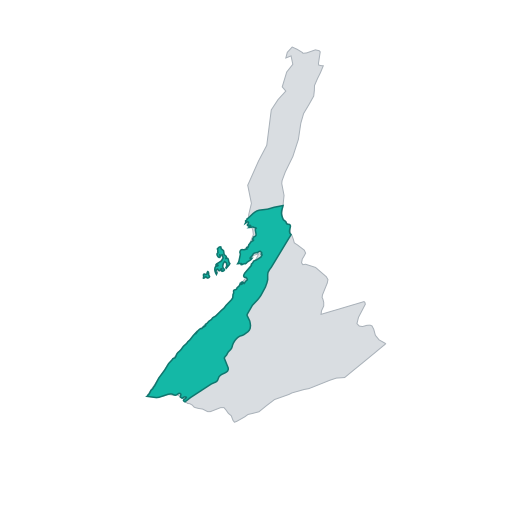 Semenawi Keyih Bahri on a map of Eritrea (Equal Earth projection), rotated 235°
{"feature_id": "ERI-1562", "entity_name": "Semenawi Keyih Bahri", "entity_type": "Region", "adm_level": 1, "iso_a3": "ERI", "parent_name": "Eritrea", "parent_adm1": "", "projection": "equal_earth", "projection_center": [39.644, 16.17], "detail": "fine", "context": "in_parent", "style": "filled", "palette": "teal", "viewbox_px": 512, "rotation_deg": 235, "n_neighbors": 0, "source": "natural_earth", "source_scale": "10m", "svg_char_len": 8500}
<svg xmlns="http://www.w3.org/2000/svg" viewBox="0 0 512 512"><g transform="rotate(235 256 256)"><path d="M109.7,311.8L108.3,294.4L107.4,282.8L106.5,270.5L105.6,258.9L109.9,251.8L111.9,245.1L117.1,223.1L119.1,218.8L123.2,207.0L123.7,203.6L127.8,188.8L127.4,179.0L126.7,169.1L128.9,163.2L130.8,158.5L130.7,154.6L131.6,145.3L132.2,143.0L134.6,142.9L139.4,144.1L142.9,143.1L147.0,143.1L150.2,142.8L152.1,140.0L154.7,129.3L156.3,127.1L157.6,126.4L161.2,124.5L164.3,121.3L166.9,119.1L167.8,118.6L170.4,118.3L173.1,117.0L174.3,115.5L177.7,114.3L181.0,115.0L183.2,113.6L184.7,112.8L186.3,112.7L187.9,111.5L188.5,109.6L189.5,108.3L192.1,105.6L193.3,103.5L193.8,101.5L194.3,99.9L195.5,97.2L199.9,90.3L203.8,86.3L217.2,120.9L222.7,141.4L227.5,162.8L231.0,195.0L234.4,211.4L240.0,219.5L243.7,234.8L247.0,235.4L249.3,239.6L253.3,254.0L256.2,259.4L257.8,254.8L257.6,252.1L256.4,247.7L257.5,242.0L259.7,238.6L264.9,243.2L267.7,246.7L268.4,253.8L269.6,257.7L275.0,266.1L279.6,268.5L285.4,269.1L290.4,270.9L294.3,274.0L301.7,282.4L318.7,289.8L332.4,312.6L340.5,328.3L366.9,352.3L371.5,363.8L374.0,375.0L379.5,374.5L389.1,386.7L391.9,396.1L399.8,399.5L401.1,394.0L404.9,398.5L406.4,405.5L401.4,408.4L395.9,410.8L395.1,410.7L393.3,414.0L390.8,422.9L387.9,425.5L386.4,425.7L377.7,417.4L376.4,416.9L374.6,418.5L373.2,420.2L369.2,413.9L366.2,408.4L362.1,401.7L358.2,398.8L353.9,395.0L349.7,386.3L345.4,376.7L339.1,368.9L327.2,357.6L316.4,343.3L308.1,328.3L302.8,320.6L300.5,318.6L289.5,313.7L281.7,306.9L275.8,301.3L272.2,299.8L268.7,299.6L261.2,300.7L254.9,297.2L252.3,297.2L248.1,296.1L244.8,294.9L241.0,296.4L233.1,298.9L229.9,298.3L228.1,294.8L227.0,292.2L224.3,289.4L222.0,289.4L220.8,291.9L212.5,298.2L198.7,301.7L195.4,301.4L193.0,298.9L186.0,288.1L184.0,286.3L182.4,286.1L179.2,284.9L176.2,282.8L173.6,278.3L170.9,275.8L168.0,284.5L162.9,299.7L160.2,307.8L156.7,318.3L155.6,318.6L153.8,317.9L147.0,304.8L142.7,299.9L139.4,300.4L137.1,302.8L135.6,307.1L133.9,309.8L132.2,310.9L128.4,310.4L122.6,308.3L116.7,308.7L110.5,311.7L109.7,311.8ZM272.2,224.9L274.0,228.2L275.3,227.8L276.3,226.8L277.0,224.5L284.1,229.0L283.7,231.9L279.5,232.1L274.6,230.8L270.1,231.3L264.7,230.0L263.5,224.9L266.9,227.4L268.7,226.8L269.0,226.1L266.6,222.7L263.1,222.0L263.4,219.3L264.9,218.3L265.8,217.0L263.9,213.3L267.7,214.1L270.2,216.4L271.8,219.0L272.2,224.9ZM269.2,201.7L270.7,207.5L266.4,205.3L265.6,204.1L267.6,201.8L268.0,200.4L269.2,201.7Z" fill="#d9dde1" stroke="#a8b0b8" stroke-width="1"/><path d="M185.9,115.2L187.0,115.0L187.7,114.1L187.8,112.9L187.8,111.6L188.0,110.4L188.8,109.5L191.0,108.1L191.9,107.2L193.2,104.6L195.9,95.5L197.1,93.2L203.5,86.3L203.5,86.9L204.0,87.6L204.3,89.5L206.2,92.9L206.3,93.5L206.4,94.7L206.5,95.4L207.3,96.8L207.4,97.2L207.6,98.2L211.8,106.4L214.9,115.8L218.0,122.7L219.1,127.8L219.6,129.0L219.0,131.3L219.9,133.1L221.1,134.8L221.7,136.6L221.9,138.9L222.3,141.0L223.6,144.5L223.8,145.7L224.0,148.1L224.2,149.3L224.9,151.1L225.1,153.5L225.4,154.5L226.8,158.9L227.8,163.5L227.2,163.1L228.1,165.8L228.3,167.1L228.4,168.9L227.6,170.0L228.3,172.7L228.1,174.3L227.8,173.9L227.8,174.8L228.3,175.1L228.8,175.1L229.0,175.3L228.9,177.4L229.0,177.9L229.5,179.5L229.6,180.2L229.5,182.6L229.6,183.3L229.8,183.9L230.2,184.9L230.2,185.6L230.2,186.3L229.9,187.8L229.9,188.7L231.3,196.5L231.5,199.2L231.6,200.1L232.7,203.1L234.2,210.9L235.1,213.0L237.8,215.2L238.2,216.1L238.5,216.5L240.2,217.5L240.6,218.0L240.6,218.7L240.4,219.4L240.1,220.0L240.0,220.6L240.1,221.4L240.8,222.2L240.9,222.7L241.0,224.3L241.2,225.3L242.4,227.1L241.7,227.1L241.1,227.7L241.0,228.6L241.2,229.6L241.4,229.0L241.8,228.4L242.3,228.2L242.8,228.7L242.7,229.8L241.8,230.4L240.8,230.5L240.3,230.5L240.4,231.1L241.2,232.8L241.4,234.8L241.5,235.3L242.2,235.6L243.2,235.7L244.2,235.6L244.6,235.1L245.0,234.4L245.8,234.2L246.7,234.4L247.3,234.9L248.4,236.8L250.8,246.6L250.9,246.9L251.8,247.3L252.0,247.5L252.1,248.5L252.3,249.5L252.7,250.4L253.2,251.0L252.5,254.3L252.3,259.5L252.8,260.1L252.9,260.3L253.1,261.2L253.5,261.7L254.1,261.7L254.7,261.3L255.2,262.5L255.7,262.6L256.4,262.4L257.4,262.2L257.7,261.8L257.9,261.1L258.1,260.4L258.0,259.9L257.8,259.3L257.9,258.9L258.5,258.4L259.3,256.4L259.4,255.3L258.5,253.2L258.0,250.8L257.7,249.9L257.1,249.9L256.7,250.9L256.4,251.4L256.0,250.1L255.9,249.0L256.0,245.8L256.0,245.2L255.7,244.0L255.7,243.4L255.8,242.6L256.0,242.4L256.3,242.3L256.6,241.9L256.9,239.8L257.2,239.2L257.8,239.8L258.1,239.8L258.2,239.4L258.5,238.2L258.7,239.0L259.2,238.5L259.8,237.2L260.2,236.5L260.9,238.1L261.8,239.3L266.1,243.9L266.7,244.4L267.8,244.7L268.1,244.8L268.6,245.2L269.1,245.8L269.4,246.4L269.6,247.0L269.5,247.7L269.2,248.4L268.4,249.2L268.0,249.8L267.7,250.3L267.0,252.6L267.5,252.5L267.9,252.7L268.2,253.1L268.3,253.7L268.2,253.9L267.7,254.1L267.6,254.3L267.7,254.5L267.9,254.8L268.2,255.4L269.3,256.5L269.5,257.0L269.6,257.8L270.2,259.3L270.4,260.1L270.4,260.8L270.3,261.6L270.2,262.3L270.4,263.0L271.0,262.7L271.6,262.9L272.1,263.4L272.3,264.0L272.4,264.5L272.8,264.7L272.9,265.0L272.9,265.6L272.6,266.5L272.6,266.9L273.0,268.0L274.1,268.7L277.4,270.2L278.1,270.7L278.4,271.0L278.7,272.1L279.4,271.9L280.4,270.8L281.4,270.3L282.1,269.1L282.7,267.7L283.3,266.7L283.3,267.7L283.5,268.5L283.9,269.0L284.6,268.8L284.8,268.2L284.7,267.6L284.8,267.0L285.6,266.7L286.2,266.6L286.7,267.1L286.5,267.7L286.6,268.1L287.5,268.5L287.8,269.2L288.2,269.2L288.5,269.0L288.8,268.7L289.2,268.0L289.0,267.5L288.9,267.0L288.9,265.9L289.1,266.2L289.3,266.8L289.5,267.1L290.7,267.5L290.8,268.0L290.8,269.1L291.0,269.6L291.4,269.9L291.5,269.9L291.5,270.3L291.6,272.1L292.5,278.0L292.6,280.4L292.4,282.7L291.7,284.9L287.7,292.4L285.5,298.9L281.8,307.1L278.3,302.9L276.6,301.5L274.6,300.4L270.6,299.2L269.8,299.2L267.6,300.0L266.9,300.1L265.0,299.6L264.1,299.9L262.8,301.4L261.9,301.7L261.0,301.5L260.4,301.1L258.0,298.4L256.8,297.4L255.4,296.8L254.0,296.9L253.4,297.0L238.0,262.1L237.1,259.3L235.6,256.3L233.8,254.7L229.9,252.0L227.7,249.5L225.1,245.8L221.0,237.6L220.0,234.9L219.2,232.2L217.7,224.8L213.7,216.2L213.1,215.1L212.5,214.6L206.4,213.6L204.3,212.7L202.2,211.6L200.1,209.7L199.1,208.0L198.6,206.0L198.5,201.2L198.7,199.7L199.0,198.6L199.4,197.6L199.6,196.8L199.7,195.6L199.7,194.2L199.4,192.4L198.9,190.4L197.6,187.4L196.4,185.6L195.4,184.5L194.4,183.0L193.9,181.5L193.3,178.2L192.7,176.9L191.8,175.2L191.5,174.0L191.2,172.8L190.9,171.9L190.4,171.4L180.2,169.0L179.1,168.3L178.1,166.9L177.9,165.5L178.0,163.7L178.7,159.8L178.6,157.9L178.4,156.7L177.8,155.6L177.1,154.6L176.1,153.0L175.8,151.7L175.9,150.3L176.2,149.1L176.8,146.1L177.6,121.5L177.3,114.8L177.2,114.2L178.3,113.7L179.3,113.7L179.7,114.3L179.8,115.3L179.7,116.5L180.0,117.8L180.6,117.8L181.4,116.9L181.8,115.8L181.9,115.2L181.7,114.4L181.9,113.8L182.2,113.8L183.7,113.1L184.5,113.7L185.1,114.6L185.9,115.2ZM283.1,228.3L283.8,228.3L284.0,228.4L284.4,230.8L284.1,231.9L283.5,232.4L282.5,231.8L281.8,231.6L279.6,232.3L278.7,232.4L277.8,231.9L276.2,231.0L275.2,230.8L272.9,231.4L272.3,231.2L272.1,231.0L271.6,230.2L271.3,229.9L270.9,230.9L270.4,231.4L269.7,231.5L268.6,231.2L266.7,230.3L265.9,230.1L264.9,230.3L264.2,229.2L263.0,224.6L263.5,224.6L263.8,224.7L263.9,225.0L263.6,225.4L264.0,225.7L264.3,226.0L264.4,226.5L264.6,227.1L264.9,227.1L265.3,226.8L265.9,227.1L266.5,227.6L267.0,227.9L267.6,227.8L269.5,227.1L268.7,225.1L267.6,223.6L266.2,222.5L264.7,222.1L263.2,222.5L262.7,222.3L262.4,221.3L262.5,220.1L262.9,219.4L263.4,219.3L264.8,220.4L265.4,220.5L265.6,220.0L265.0,219.0L264.7,217.8L265.6,217.2L266.8,217.1L267.3,217.1L267.5,216.4L267.2,215.4L266.7,214.6L266.2,214.2L264.7,214.4L264.2,214.0L263.6,213.0L265.3,213.2L267.0,213.7L268.6,214.5L269.9,215.7L270.6,217.0L270.3,217.8L269.9,218.5L269.8,219.2L270.1,219.6L270.5,219.6L271.3,219.2L271.0,218.5L271.0,218.1L271.5,218.0L271.9,218.3L272.1,219.2L271.8,224.0L271.9,225.0L272.2,225.8L273.0,227.6L273.2,228.1L273.6,228.1L276.2,229.1L276.9,227.4L277.2,227.1L277.6,226.9L276.0,226.3L275.6,225.6L276.0,224.9L276.8,224.6L277.8,224.5L278.7,224.6L279.2,224.7L279.6,224.9L279.9,225.1L280.2,225.4L280.4,225.9L280.5,226.4L280.6,226.9L281.0,227.1L281.6,227.2L282.6,228.1L283.1,228.3ZM270.1,203.8L269.4,204.6L269.3,205.5L269.6,205.8L270.0,206.1L270.3,206.5L270.7,206.9L270.9,207.5L270.1,207.8L268.8,207.2L267.7,206.4L265.8,206.2L265.4,205.6L265.4,204.6L265.7,203.7L266.5,203.3L267.5,203.2L267.9,202.8L267.8,202.3L267.7,201.7L267.7,201.1L267.8,200.4L268.1,200.2L269.2,201.3L269.5,201.6L270.0,201.7L270.8,202.2L271.1,202.9L270.8,203.5L270.1,203.8Z" fill="#14b8a6" stroke="#0f766e" stroke-width="1.5"/></g></svg>